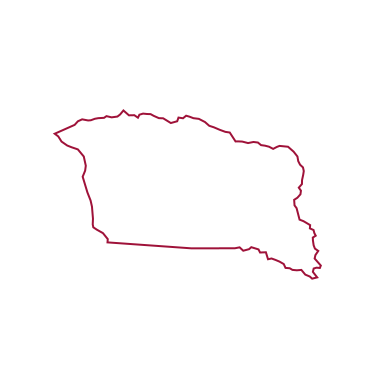 the district of Tabira, Pernambuco, Brazil, rotated 294°
{"feature_id": "56859067B43528935445222", "entity_name": "Tabira", "entity_type": "district", "adm_level": 2, "iso_a3": "BRA", "parent_name": "Brazil", "parent_adm1": "Pernambuco", "projection": "equal_earth", "projection_center": [-37.499, -7.579], "detail": "fine", "context": "isolated", "style": "outline", "palette": "rose", "viewbox_px": 384, "rotation_deg": 294, "n_neighbors": 0, "source": "geoboundaries", "source_scale": "gbopen_adm2", "svg_char_len": 1713}
<svg xmlns="http://www.w3.org/2000/svg" viewBox="0 0 384 384"><g transform="rotate(294 192 192)"><path d="M111.6,135.3L140.3,214.4L158.0,254.0L160.8,258.0L159.2,262.7L163.0,267.4L165.7,268.6L166.6,276.1L164.4,278.8L167.0,284.0L161.5,288.8L163.6,291.7L163.9,295.8L164.0,300.2L163.5,305.1L160.7,308.3L162.1,312.3L161.7,315.4L163.1,319.6L165.3,323.6L162.6,329.1L162.7,334.0L161.7,337.0L164.9,341.1L168.2,334.9L171.6,334.3L173.5,336.5L174.6,339.7L177.2,339.6L181.1,331.1L184.6,330.4L189.5,331.3L190.3,327.3L192.8,324.8L196.9,322.2L199.5,320.9L202.4,322.8L204.2,320.5L206.7,318.5L206.7,314.5L209.8,313.4L210.3,309.2L210.7,305.7L210.5,301.5L219.8,294.1L221.5,291.1L226.4,288.5L229.6,290.6L234.0,292.0L237.5,291.0L239.4,287.8L244.0,289.2L247.6,287.7L252.9,286.6L256.6,285.6L259.6,283.4L260.9,279.6L263.4,276.5L267.3,273.9L270.2,268.4L272.4,261.3L269.7,253.2L267.7,251.2L264.4,248.6L264.7,243.9L264.0,239.8L262.9,236.0L264.0,232.1L262.7,227.8L259.5,223.3L258.5,217.4L257.3,214.3L255.9,211.2L261.7,202.3L260.5,198.0L260.1,192.0L260.0,185.6L259.5,180.8L261.2,175.4L261.6,168.5L260.0,163.2L259.8,159.2L259.3,155.6L255.7,153.8L254.5,149.4L250.6,149.7L246.4,144.6L247.6,135.7L246.0,131.7L246.0,126.0L246.3,122.5L245.0,119.3L243.7,115.4L241.2,112.5L237.9,112.4L238.7,108.1L236.4,103.2L238.6,96.2L233.6,94.8L230.6,93.2L227.5,88.2L226.5,83.0L224.0,81.5L221.3,76.3L219.4,73.5L216.4,70.4L215.1,68.0L213.7,62.1L210.2,59.0L205.6,57.5L189.4,42.9L188.4,47.2L185.0,52.3L183.7,59.1L183.9,63.8L184.5,70.4L180.4,78.7L172.8,84.3L168.0,85.7L165.3,85.8L161.5,85.9L149.1,96.6L143.0,102.8L137.9,106.6L127.3,112.4L122.0,114.5L119.6,116.2L118.9,120.2L118.2,127.4L114.7,134.2L111.6,135.3Z" fill="none" stroke="#9f1239" stroke-width="2"/></g></svg>